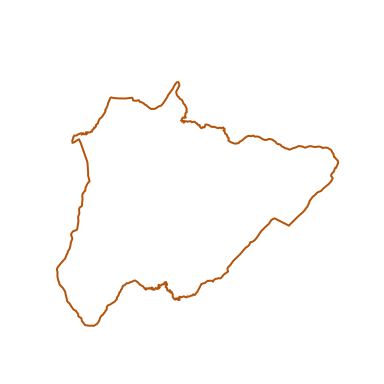 the district of Guachetá, Cundinamarca, Colombia, rotated 348°
{"feature_id": "7082276B56443228880790", "entity_name": "Guachetá", "entity_type": "district", "adm_level": 2, "iso_a3": "COL", "parent_name": "Colombia", "parent_adm1": "Cundinamarca", "projection": "orthographic", "projection_center": [-73.705, 5.391], "detail": "fine", "context": "isolated", "style": "outline", "palette": "amber", "viewbox_px": 384, "rotation_deg": 348, "n_neighbors": 0, "source": "geoboundaries", "source_scale": "gbopen_adm2", "svg_char_len": 5998}
<svg xmlns="http://www.w3.org/2000/svg" viewBox="0 0 384 384"><g transform="rotate(348 192 192)"><path d="M132.4,82.7L131.7,83.0L128.1,88.1L127.7,89.3L125.7,92.3L124.3,93.6L124.1,94.2L124.3,94.7L123.3,96.1L119.4,100.0L117.1,101.1L116.6,101.6L115.4,103.1L114.2,105.3L112.0,106.5L111.8,107.7L110.7,108.6L109.8,108.6L109.9,109.1L109.8,109.3L107.6,110.5L107.2,111.3L106.8,111.3L106.4,111.7L106.4,112.1L105.4,112.1L104.6,112.5L103.7,112.4L102.2,111.9L101.9,112.5L101.3,111.8L100.8,111.6L100.6,111.9L100.7,113.4L100.4,113.6L99.9,113.3L98.4,113.1L98.2,112.2L97.9,112.0L97.4,112.6L96.5,112.4L96.1,112.7L95.9,112.3L96.1,111.7L95.0,111.5L92.0,112.1L91.0,112.7L88.5,112.4L88.0,113.1L87.3,113.6L86.9,114.9L85.6,116.7L85.4,119.0L86.7,119.0L89.9,117.7L91.9,117.1L92.5,117.1L93.4,121.4L95.9,141.1L94.4,151.7L93.8,154.3L94.0,159.9L93.5,160.8L92.2,161.4L91.5,162.1L89.2,165.1L88.7,165.9L87.9,168.4L86.4,169.4L84.7,171.0L83.8,173.1L83.5,176.1L82.6,178.7L81.6,182.4L80.8,183.1L79.0,183.8L78.0,185.2L77.3,189.7L75.5,192.5L74.8,197.1L72.0,204.4L71.6,204.9L70.3,205.4L68.2,205.5L67.3,205.8L65.4,207.5L64.8,208.7L65.2,211.6L65.2,213.0L63.1,216.0L61.7,219.8L60.4,222.2L58.5,224.0L57.2,226.4L56.1,227.5L54.3,230.5L48.7,234.6L45.0,237.7L43.8,239.3L43.7,242.9L42.8,246.6L42.8,251.2L43.3,252.5L43.1,254.4L43.5,255.5L45.7,259.0L47.1,262.7L47.3,272.8L47.9,274.2L48.9,275.2L50.5,279.7L51.7,282.4L53.6,284.0L54.7,286.2L55.3,287.9L55.0,289.9L55.5,290.6L56.9,291.7L57.5,292.5L57.5,295.2L59.7,299.9L60.0,300.1L63.8,301.5L66.5,301.9L68.0,302.5L71.4,301.4L72.9,300.3L74.7,298.3L76.0,296.0L77.2,294.7L78.2,293.9L79.6,293.4L80.6,292.3L82.5,290.8L83.0,289.8L83.9,289.4L84.4,288.5L84.6,287.1L85.7,285.7L86.6,285.3L88.3,285.1L91.9,283.8L94.2,282.8L95.4,281.7L96.1,281.4L96.7,279.5L98.2,278.3L99.6,276.3L100.0,275.2L101.0,274.8L102.3,272.8L103.4,272.0L104.8,269.5L105.2,269.3L106.4,269.3L109.2,267.6L110.2,268.0L111.2,267.9L113.4,267.3L114.8,267.3L116.9,266.6L118.2,266.9L119.9,268.7L122.2,272.4L123.5,273.2L124.5,274.2L125.9,277.1L126.5,277.8L127.1,277.8L127.4,276.8L128.3,277.2L129.5,277.1L130.1,277.6L130.8,277.2L132.2,278.4L132.3,278.0L132.0,277.4L132.4,277.1L132.9,277.1L133.6,277.8L133.7,279.3L134.0,279.6L135.2,279.7L136.1,278.6L136.4,278.4L138.0,279.7L138.4,279.7L138.8,279.1L138.8,278.3L139.3,278.3L140.0,279.1L140.6,278.7L140.7,277.8L139.8,276.6L140.0,276.0L140.3,276.0L141.3,276.7L142.7,276.9L143.1,276.3L143.4,276.2L145.0,276.4L146.0,275.1L147.1,274.6L147.8,274.7L148.3,276.6L146.8,277.1L147.0,277.7L147.8,278.0L146.6,279.3L146.5,279.8L147.3,280.4L147.6,281.1L147.4,282.2L147.6,283.3L148.7,283.7L149.3,283.4L149.9,283.5L150.3,284.3L149.6,284.6L149.4,284.9L150.1,285.7L150.6,285.4L151.4,285.7L151.5,286.9L151.9,288.3L151.5,289.7L151.4,291.2L152.4,292.5L152.4,293.2L152.9,293.6L153.3,293.7L154.2,292.8L155.5,293.0L155.0,293.7L155.4,293.9L155.8,294.6L156.3,294.9L157.3,294.9L157.6,293.9L156.8,293.5L156.7,293.1L158.1,291.9L160.0,292.8L161.6,292.4L162.4,292.4L163.9,293.6L164.9,293.9L165.2,293.8L165.8,293.2L167.8,293.7L169.8,293.1L171.0,293.3L172.0,292.4L172.9,293.1L173.4,293.2L176.8,290.4L182.0,284.0L183.1,283.8L185.6,283.7L189.0,282.1L190.0,282.5L191.4,282.5L192.5,282.8L193.9,283.9L194.6,282.9L197.1,281.8L198.8,282.0L200.0,281.8L201.7,282.4L203.0,281.8L205.9,279.4L210.7,277.3L210.6,275.0L210.9,274.0L211.4,273.3L214.3,271.4L218.0,268.0L226.1,262.9L232.6,257.8L235.4,256.7L236.6,255.9L237.3,255.3L238.6,253.3L241.2,253.1L243.3,252.2L246.4,249.7L251.6,244.6L258.4,240.3L260.4,239.3L263.8,235.9L266.6,235.0L267.4,235.0L279.7,245.0L290.8,237.9L296.4,234.7L298.0,233.5L301.8,230.3L304.3,226.9L305.1,225.3L309.0,221.8L310.8,221.0L314.0,218.9L315.4,218.3L318.5,217.8L321.3,215.8L327.1,212.8L329.9,210.8L331.3,209.4L332.5,207.8L332.3,207.0L331.4,205.3L331.6,204.5L332.3,203.5L335.0,201.4L336.7,198.6L337.2,198.1L337.8,198.3L338.2,197.9L340.9,194.2L341.2,193.2L341.2,192.2L340.8,191.2L339.3,188.7L339.2,188.1L338.3,187.3L338.2,184.0L337.5,182.4L336.9,180.1L336.7,179.7L334.2,177.4L332.9,176.6L330.9,176.1L328.7,176.1L328.2,175.2L326.1,174.1L325.0,173.8L321.6,173.6L317.2,171.7L315.0,171.7L312.1,172.2L311.5,172.0L309.5,170.5L306.2,169.3L305.2,169.3L303.5,169.9L299.5,170.2L297.6,170.7L296.2,170.8L295.6,170.6L294.6,169.6L292.0,168.4L290.9,167.2L289.3,166.0L288.5,164.5L287.8,163.7L285.6,162.8L284.8,161.8L284.2,160.4L281.2,157.2L278.2,156.1L275.7,156.6L273.6,156.0L272.4,155.2L268.9,151.9L266.7,151.1L265.1,151.0L264.0,149.8L263.5,149.6L261.4,149.7L259.0,148.9L257.8,149.0L254.8,150.1L253.0,151.3L250.6,152.4L248.9,152.8L247.7,153.9L246.6,153.9L246.1,153.7L245.1,153.8L243.5,153.4L240.1,151.2L238.3,149.2L238.5,148.6L238.9,148.1L238.8,147.5L239.1,147.0L238.1,145.4L238.1,144.1L237.9,143.8L237.8,142.9L236.6,141.7L236.5,139.2L236.0,139.0L235.7,138.4L236.0,137.8L236.9,137.4L237.0,137.1L235.8,135.4L234.7,135.5L234.3,135.8L234.0,135.8L233.1,135.0L231.8,134.8L230.6,135.0L227.3,132.8L226.0,132.8L225.6,132.4L224.6,132.3L222.0,129.8L220.2,129.0L219.5,128.9L218.9,129.2L218.0,131.0L217.6,131.3L217.0,131.3L216.2,130.8L215.0,131.5L214.6,131.5L214.2,131.2L213.3,129.7L213.4,128.7L213.2,128.2L212.2,128.1L210.9,125.7L209.8,124.8L209.3,123.9L208.1,123.6L206.7,123.7L206.2,123.6L205.9,123.0L205.2,122.4L202.2,122.3L201.3,121.6L199.9,121.5L198.9,122.3L198.6,122.3L198.7,121.3L198.1,121.6L198.0,120.7L197.0,120.8L197.0,119.9L196.4,119.7L198.4,117.3L200.3,117.9L201.3,117.7L200.9,116.3L201.6,115.3L201.7,114.2L202.0,113.6L203.5,112.8L203.6,112.4L203.4,112.1L203.3,111.5L204.0,110.2L204.1,109.4L203.2,105.4L202.1,103.8L201.6,100.8L200.9,99.4L199.4,98.1L198.7,96.1L198.0,95.7L197.4,93.9L197.2,91.3L197.5,90.5L201.8,85.3L201.8,82.7L201.3,81.6L200.0,81.5L198.2,82.9L196.4,84.8L194.8,86.9L189.1,92.0L186.9,94.7L182.5,99.0L180.5,100.6L179.6,101.1L176.9,101.4L174.5,102.5L172.4,102.9L169.2,102.2L167.6,100.7L165.5,97.8L163.9,96.5L163.2,95.2L161.3,93.7L159.8,93.0L159.0,91.2L158.6,91.1L156.4,91.2L153.7,90.4L153.5,90.1L153.3,87.8L152.9,87.3L147.0,86.8L144.0,86.2L140.1,85.3L136.2,84.2L132.4,82.7Z" fill="none" stroke="#b45309" stroke-width="2"/></g></svg>